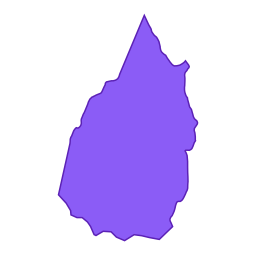 outline of Balembouche, Choiseul, Saint Lucia
{"feature_id": "8701671B72959640308554", "entity_name": "Balembouche", "entity_type": "district", "adm_level": 2, "iso_a3": "LCA", "parent_name": "Saint Lucia", "parent_adm1": "Choiseul", "projection": "natural_earth1", "projection_center": [-61.027, 13.761], "detail": "fine", "context": "isolated", "style": "filled", "palette": "violet", "viewbox_px": 256, "rotation_deg": 0, "n_neighbors": 0, "source": "geoboundaries", "source_scale": "gbopen_adm2", "svg_char_len": 2450}
<svg xmlns="http://www.w3.org/2000/svg" viewBox="0 0 256 256"><path d="M58.5,194.8L66.2,203.2L70.6,210.6L71.0,214.9L77.0,217.6L82.2,217.6L87.5,222.0L90.5,226.4L94.1,234.6L96.0,235.5L103.2,231.3L111.1,231.8L116.4,237.1L124.6,240.6L134.1,234.7L141.7,235.7L149.2,237.5L154.5,238.5L159.3,239.4L172.6,226.6L171.3,223.4L170.2,221.1L169.9,219.8L170.1,218.6L171.1,216.7L172.1,215.7L173.3,213.1L174.2,211.0L174.9,208.6L175.6,205.4L176.4,203.1L177.1,201.9L177.9,201.5L178.3,201.4L179.5,201.4L180.3,201.4L180.8,201.1L181.9,200.3L182.9,199.0L183.8,197.4L185.4,194.1L186.3,191.8L187.0,190.6L187.6,188.7L187.7,187.5L187.7,186.2L187.8,183.8L188.0,181.6L187.9,176.8L187.7,172.6L187.6,167.3L187.6,161.4L187.2,156.8L187.1,155.6L186.4,153.5L185.7,152.0L185.3,151.4L185.2,150.7L185.8,150.2L187.4,150.2L189.4,150.3L190.9,149.5L191.9,148.6L193.0,146.2L194.2,142.8L194.8,141.8L195.5,140.7L195.3,140.0L195.3,136.7L194.9,132.9L194.6,131.9L194.2,130.4L194.4,128.4L196.5,125.3L197.4,123.8L197.5,122.4L196.8,120.8L194.9,119.2L194.3,118.5L193.4,116.7L193.0,115.1L191.4,109.4L189.6,106.9L188.7,103.4L187.5,99.0L187.5,98.0L186.1,95.9L185.7,94.9L184.8,92.2L184.5,90.0L184.5,87.2L184.7,85.8L184.9,81.0L184.9,78.2L184.6,75.0L184.9,73.3L185.4,72.2L186.9,70.5L188.0,68.5L188.6,68.1L189.1,67.1L189.2,66.4L188.5,64.9L187.0,62.9L186.2,61.8L185.6,61.0L185.5,60.8L185.2,61.1L184.5,62.0L183.3,63.0L181.3,64.3L179.6,65.2L176.7,65.8L174.3,65.9L173.3,65.4L172.2,64.6L170.1,62.1L169.0,60.5L167.4,58.3L166.7,57.1L165.7,55.3L164.1,54.3L162.7,53.1L161.7,52.1L160.8,50.5L160.6,49.7L160.2,47.8L160.1,46.4L159.6,44.4L158.9,41.5L157.6,39.0L156.6,37.3L155.5,36.3L154.5,35.6L153.2,33.9L151.9,32.0L151.5,30.9L151.2,29.5L150.9,28.6L150.1,27.2L149.2,25.7L148.6,24.6L147.0,21.2L145.4,17.7L144.3,15.4L119.7,74.2L119.0,76.6L117.7,78.8L115.5,80.2L113.2,80.8L111.5,80.8L109.1,81.3L106.5,81.9L105.9,82.5L105.4,83.2L105.3,83.9L105.2,84.7L103.9,87.3L102.4,90.7L101.7,92.1L100.9,93.1L100.2,93.5L99.0,93.9L98.6,94.1L97.8,94.4L95.9,95.2L94.3,96.1L93.4,96.4L93.2,96.7L92.0,97.1L91.5,97.5L91.0,98.1L89.9,99.1L89.1,100.7L88.4,102.0L87.8,104.0L87.6,104.5L84.5,112.0L83.9,113.2L83.3,114.2L82.1,117.3L81.4,118.9L81.2,120.0L81.2,120.9L81.3,122.3L81.3,123.5L81.1,124.5L80.6,125.7L79.8,126.8L78.6,127.8L77.9,128.0L77.2,128.0L76.8,127.8L76.3,127.7L75.6,128.3L74.7,129.3L73.7,130.8L71.8,135.6L71.6,136.1L70.9,137.2L70.4,138.6L70.2,139.8L70.2,141.1L70.0,143.4L58.5,194.8Z" fill="#8b5cf6" stroke="#5b21b6" stroke-width="1.5"/></svg>